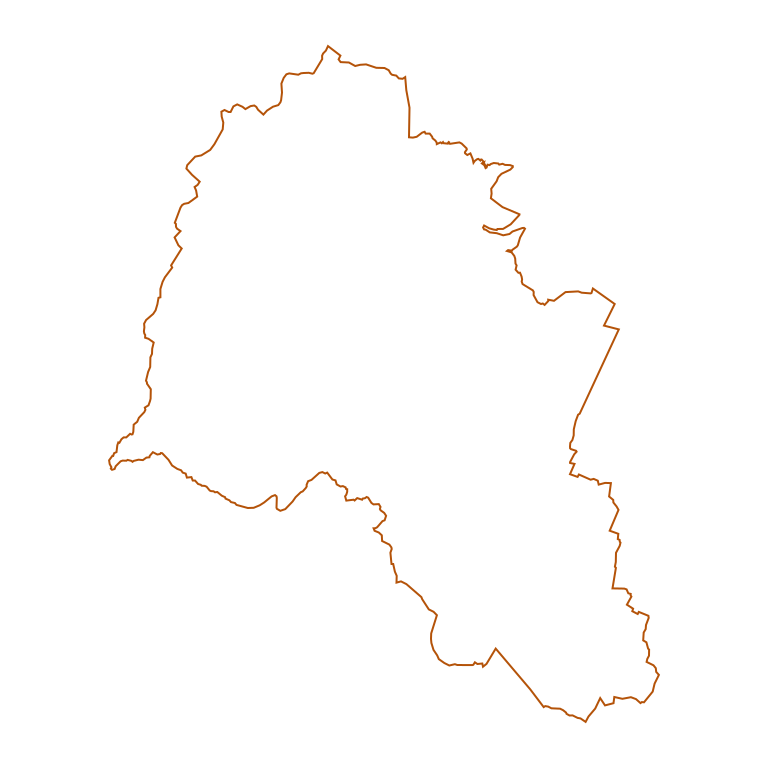 Nikhom Phatthana, Rayong, Thailand (Natural Earth projection)
{"feature_id": "78962969B93638644331760", "entity_name": "Nikhom Phatthana", "entity_type": "district", "adm_level": 2, "iso_a3": "THA", "parent_name": "Thailand", "parent_adm1": "Rayong", "projection": "natural_earth1", "projection_center": [101.132, 12.84], "detail": "fine", "context": "isolated", "style": "outline", "palette": "amber", "viewbox_px": 768, "rotation_deg": 0, "n_neighbors": 0, "source": "geoboundaries", "source_scale": "gbopen_adm2", "svg_char_len": 6082}
<svg xmlns="http://www.w3.org/2000/svg" viewBox="0 0 768 768"><path d="M236.5,504.9L247.8,508.0L253.7,507.8L259.7,505.3L264.1,502.5L271.6,496.4L275.0,495.1L276.5,496.3L276.8,497.9L276.5,507.7L276.9,508.8L280.3,510.8L285.3,509.1L292.6,501.5L295.6,497.2L300.8,492.2L302.7,491.4L305.7,488.1L306.7,486.5L306.6,484.8L308.1,481.2L311.5,479.9L319.3,472.9L322.4,472.1L325.2,473.5L327.2,472.6L332.4,479.5L335.5,480.4L336.7,484.4L340.5,486.5L342.9,486.1L345.6,487.4L346.0,488.9L347.2,489.2L347.2,491.8L346.3,494.7L345.1,496.3L346.3,500.6L353.6,499.7L354.6,500.5L357.2,498.1L362.1,499.7L362.7,498.6L365.0,498.2L366.6,497.0L368.2,497.7L371.4,502.9L373.5,504.4L378.8,504.1L380.5,506.9L379.9,509.0L380.6,510.3L384.2,512.9L386.1,515.8L384.6,520.3L382.5,521.1L377.1,527.3L375.4,528.2L373.6,528.3L374.6,530.8L378.8,532.5L381.8,535.3L382.1,541.0L389.4,544.6L391.4,547.4L391.7,549.0L390.4,552.7L391.5,564.0L393.2,564.0L394.9,571.7L396.7,575.8L396.5,582.6L401.0,581.4L406.4,584.1L421.4,597.1L422.2,599.2L428.8,609.4L433.6,611.8L436.9,615.2L431.2,633.4L431.0,638.9L431.4,643.0L433.5,649.9L437.2,655.4L438.8,659.1L444.3,663.0L449.3,665.5L454.9,664.2L457.3,665.0L472.2,665.1L473.3,664.8L474.9,662.3L477.4,664.0L482.3,663.5L483.0,666.7L486.5,663.9L495.7,648.6L530.2,689.3L543.7,707.1L545.2,706.1L548.2,706.6L551.4,708.3L560.1,708.7L563.1,710.2L566.1,712.6L566.5,713.8L569.5,715.5L572.6,715.4L577.6,717.9L580.5,718.4L585.6,721.9L588.5,716.5L595.2,708.6L600.2,698.1L605.0,705.4L613.5,703.2L614.3,697.0L622.4,698.8L630.9,697.2L636.0,699.1L640.5,703.1L641.8,702.1L644.0,702.3L652.7,691.6L654.6,683.6L658.9,674.9L656.2,671.9L655.8,668.2L653.5,665.3L646.6,661.9L647.3,658.9L649.0,655.7L649.1,649.6L648.1,648.6L646.4,642.3L643.2,640.4L643.7,632.5L645.7,629.1L646.0,625.0L648.7,617.9L648.4,615.8L638.8,611.9L637.7,614.0L632.3,611.2L633.1,608.7L626.9,604.7L631.4,596.6L630.6,595.3L630.7,593.9L628.3,593.3L626.6,589.4L624.3,588.6L612.5,588.4L615.9,567.8L614.9,566.7L615.8,562.0L616.0,552.8L619.7,545.9L620.5,542.6L619.8,541.8L619.6,539.9L617.8,539.1L618.3,533.8L609.7,530.7L618.5,509.9L616.6,506.5L613.4,502.5L613.2,499.9L609.1,496.5L610.9,483.1L605.1,482.9L598.7,484.6L597.8,480.7L593.7,478.9L590.6,479.7L578.9,474.5L577.6,476.9L570.0,474.2L574.5,463.9L570.1,463.0L570.0,462.2L574.2,454.3L576.6,451.7L576.1,450.8L570.9,449.1L570.1,448.3L570.0,446.5L570.3,442.9L572.4,440.0L573.7,435.4L573.8,429.3L575.7,421.1L578.1,414.7L579.7,413.7L618.8,329.4L604.0,325.6L614.7,304.0L592.9,288.5L591.5,293.0L590.7,293.4L581.7,292.7L578.2,291.4L565.5,292.1L554.0,300.8L548.2,299.7L548.3,301.0L544.6,304.9L542.8,303.5L541.0,304.0L537.5,302.2L533.6,295.1L533.7,291.9L532.9,290.4L522.6,284.1L521.7,281.6L522.1,279.5L521.6,276.6L520.0,272.7L518.4,272.8L515.6,269.7L516.6,265.4L515.5,263.6L515.2,258.6L514.3,255.9L511.6,252.4L507.0,251.0L508.1,250.1L511.9,250.7L512.4,249.8L516.8,246.7L517.8,245.3L520.1,237.5L525.0,228.7L524.0,227.9L522.4,228.0L512.5,231.5L509.5,234.0L503.2,235.3L496.8,233.2L489.8,232.4L485.7,229.7L484.1,229.4L483.1,227.5L484.1,225.5L489.2,228.3L493.8,229.6L496.8,230.0L497.4,229.0L503.1,228.9L510.7,224.3L519.4,214.9L519.5,214.3L502.5,207.1L490.9,198.3L491.6,193.6L491.2,188.8L496.6,181.3L498.2,177.2L501.5,173.8L510.3,169.6L512.8,167.1L512.8,166.1L510.1,165.1L505.0,164.9L502.6,163.8L499.2,164.6L498.3,163.5L493.8,163.0L490.6,164.1L489.6,165.1L487.6,164.7L486.5,167.6L485.6,168.1L484.7,166.0L485.3,165.3L483.9,163.0L484.1,162.3L483.1,162.9L483.5,164.6L481.9,163.4L483.7,161.8L481.6,159.5L480.8,159.6L480.3,160.5L478.4,158.9L477.3,159.1L474.9,160.8L473.5,162.8L472.6,158.7L470.4,153.4L467.3,155.0L465.1,153.3L464.9,152.2L466.8,149.5L466.6,148.4L461.7,143.6L459.4,142.4L450.1,143.8L448.7,143.5L449.1,142.3L448.7,142.0L447.4,143.6L443.6,143.2L443.0,142.1L441.8,143.3L440.5,142.4L436.8,144.1L436.7,142.6L435.4,140.6L432.6,138.3L432.1,136.7L429.7,133.6L425.6,133.6L424.6,131.8L422.2,132.6L416.7,136.8L412.9,137.6L409.0,137.3L409.5,107.7L406.3,90.1L405.2,77.1L402.6,78.8L398.8,78.4L396.3,75.6L392.1,74.8L390.7,73.6L388.7,70.2L384.5,68.0L376.3,67.8L366.1,64.4L360.1,64.8L355.2,66.0L348.9,62.5L340.6,62.1L338.6,59.4L340.4,55.6L328.0,46.1L325.9,50.6L323.1,53.5L322.1,55.7L322.2,59.1L313.7,73.2L312.4,73.7L308.8,72.8L303.7,73.0L301.0,73.3L298.3,74.7L289.2,73.4L286.4,74.3L283.7,77.9L281.4,83.6L282.0,92.6L281.1,100.2L280.4,102.3L278.3,105.1L273.0,106.7L267.0,110.6L263.4,114.6L258.0,109.7L256.3,106.9L254.3,105.5L250.6,106.1L245.4,109.1L242.5,106.8L237.2,104.4L233.4,106.4L230.6,112.0L228.6,112.0L224.5,110.0L221.4,111.7L221.7,116.6L223.3,122.6L222.7,129.4L214.4,144.2L210.2,149.9L201.3,155.4L195.2,156.6L187.2,165.2L186.4,168.6L192.0,174.8L199.7,181.7L197.6,184.9L194.6,187.0L196.1,190.5L197.2,196.6L188.4,203.0L184.2,203.8L182.1,205.1L180.5,207.6L174.8,222.8L175.9,223.9L176.0,226.8L177.0,228.6L180.5,231.1L174.6,237.4L178.4,245.3L181.7,248.5L171.1,265.4L172.2,267.6L164.9,277.3L162.6,281.8L160.4,289.0L160.4,297.3L158.5,297.8L157.4,304.2L155.6,310.3L153.2,313.9L146.1,320.0L144.1,323.7L144.4,327.3L143.9,331.3L144.3,333.5L145.2,335.0L145.1,337.7L148.5,338.8L153.7,342.5L152.2,348.7L152.0,353.9L150.4,357.3L150.2,367.0L148.1,372.0L146.0,380.7L146.9,382.3L147.0,383.7L150.8,389.2L150.6,398.6L150.0,401.1L148.5,405.3L144.8,407.6L145.4,409.8L144.3,412.1L138.9,417.8L137.2,421.8L133.7,424.6L133.3,431.9L132.5,434.3L131.6,434.5L130.1,433.8L126.3,437.4L123.6,437.4L121.4,439.3L119.4,442.8L118.3,442.4L117.3,445.3L116.5,452.1L114.1,453.2L113.2,455.9L112.4,455.8L109.1,460.3L109.7,464.1L111.4,467.2L110.8,468.6L112.0,469.8L114.6,469.0L115.7,466.2L120.6,461.3L122.6,460.6L126.4,460.7L127.6,459.9L131.5,460.9L132.5,461.8L133.7,460.9L138.5,459.7L142.9,460.1L146.4,457.6L149.4,457.3L149.8,455.8L152.9,452.2L157.3,454.5L160.1,454.0L160.8,453.0L162.2,453.2L168.5,459.8L172.1,465.5L177.3,468.9L181.1,470.3L182.7,472.6L185.7,473.6L186.9,477.6L191.4,477.1L192.7,480.5L195.0,480.5L198.1,484.0L200.8,484.8L201.6,485.7L204.7,485.9L206.6,486.7L209.7,490.5L211.0,491.1L213.6,491.3L215.0,492.3L217.3,492.0L221.8,495.7L225.1,497.2L225.5,498.6L229.4,500.3L231.0,502.1L234.9,503.0L236.5,504.9Z" fill="none" stroke="#b45309" stroke-width="2"/></svg>